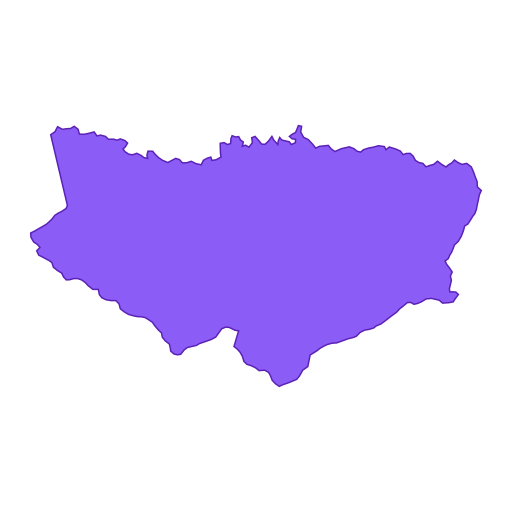 outline of Boa Esperança do Sul, São Paulo, Brazil
{"feature_id": "56859067B58098151233550", "entity_name": "Boa Esperança do Sul", "entity_type": "district", "adm_level": 2, "iso_a3": "BRA", "parent_name": "Brazil", "parent_adm1": "São Paulo", "projection": "mercator", "projection_center": [-48.46, -21.949], "detail": "fine", "context": "isolated", "style": "filled", "palette": "violet", "viewbox_px": 512, "rotation_deg": 0, "n_neighbors": 0, "source": "geoboundaries", "source_scale": "gbopen_adm2", "svg_char_len": 3696}
<svg xmlns="http://www.w3.org/2000/svg" viewBox="0 0 512 512"><path d="M331.1,148.8L328.3,145.4L323.9,145.9L319.6,146.3L315.7,148.1L312.7,144.3L308.3,139.6L303.6,137.3L300.7,132.1L301.6,126.3L298.4,125.6L296.8,129.6L295.5,132.6L292.4,134.1L289.4,136.4L292.1,138.8L295.6,139.3L295.3,142.8L291.3,144.5L289.3,141.8L285.9,141.0L281.8,140.0L279.7,137.5L278.2,141.1L277.8,144.5L273.7,140.0L271.9,136.4L268.4,141.2L265.0,144.3L261.6,144.1L259.1,141.0L255.1,136.4L251.7,137.7L252.4,142.6L249.0,147.1L245.4,145.2L242.4,146.3L243.3,142.0L240.5,140.0L238.7,136.6L235.6,137.0L232.1,135.7L230.9,138.9L230.6,143.6L227.4,144.5L224.1,142.6L220.2,143.3L220.3,148.7L220.5,153.4L221.0,157.1L216.0,159.8L211.9,160.4L210.8,157.1L207.2,158.2L203.4,160.3L201.2,164.8L195.9,163.6L191.2,161.3L187.0,162.7L182.4,162.9L179.5,159.6L175.7,158.4L167.8,162.5L162.5,160.3L158.3,157.4L155.0,154.1L152.7,151.3L148.0,151.1L146.9,155.2L147.6,158.4L143.9,157.6L141.2,155.5L136.8,153.3L132.5,154.8L128.8,154.2L125.0,151.7L123.1,149.0L125.5,146.6L127.6,143.1L124.8,140.5L120.3,138.9L117.1,140.2L113.3,139.1L108.5,139.3L105.5,136.4L100.6,135.1L97.0,135.9L94.1,131.9L89.3,133.2L84.1,134.3L79.4,134.1L78.1,129.3L74.2,126.3L70.6,128.5L66.9,128.7L62.4,129.3L57.6,126.7L55.0,131.7L50.7,134.7L67.4,205.4L66.1,208.5L61.7,211.4L58.1,213.2L54.9,215.3L51.4,219.7L46.6,224.1L42.4,226.6L39.2,228.4L35.1,230.8L30.7,233.0L31.0,237.4L33.7,242.0L37.2,244.3L40.0,247.4L36.7,250.8L38.7,255.1L42.5,257.0L46.5,259.2L49.4,260.7L52.0,262.8L53.4,267.3L57.7,270.7L61.6,273.0L63.6,277.0L66.3,279.9L69.9,279.7L73.7,278.6L77.7,278.6L81.6,279.9L85.1,282.4L88.3,285.8L92.9,289.4L98.3,289.4L99.4,294.7L101.8,297.7L105.9,299.7L110.9,300.6L115.8,300.6L119.0,303.8L120.3,308.8L124.0,311.7L128.5,314.4L133.8,315.9L137.4,316.6L141.3,316.8L145.0,317.5L148.5,319.6L152.3,322.2L154.8,325.7L158.0,329.6L161.5,332.9L162.3,337.2L165.3,340.9L169.3,344.0L170.2,347.5L170.7,351.1L174.0,354.0L177.5,354.8L180.7,354.3L184.3,349.8L187.4,347.5L191.7,346.5L196.5,345.4L199.4,343.6L205.2,341.6L211.2,339.5L215.7,337.1L221.7,328.8L225.7,327.1L229.2,327.4L235.1,330.3L238.6,330.8L234.0,346.5L237.3,349.1L240.2,352.4L242.4,356.4L243.9,361.4L246.9,364.3L251.2,365.7L255.4,367.7L259.1,370.6L264.7,370.2L268.6,372.4L270.4,375.6L272.2,380.3L275.4,383.7L279.3,386.4L282.5,384.8L287.9,383.0L292.3,381.2L296.6,379.4L299.4,376.1L302.7,370.2L307.8,366.6L309.4,358.7L310.1,355.0L316.6,351.0L320.2,348.2L323.9,346.1L327.3,344.5L332.0,343.2L336.7,342.9L348.0,338.8L353.5,337.4L356.4,336.2L360.1,332.4L364.7,330.1L369.0,329.4L373.6,328.0L376.4,325.8L380.9,324.0L385.1,320.9L389.8,317.2L393.3,314.6L396.7,312.1L399.7,308.8L403.5,305.8L407.5,302.5L410.9,302.5L414.0,304.3L417.7,303.4L421.4,301.8L426.2,298.9L431.4,298.4L435.4,299.3L439.2,300.2L442.6,303.1L448.8,302.7L453.2,301.9L455.1,298.9L458.4,294.5L455.9,292.1L452.9,291.8L449.8,291.9L449.4,288.6L451.4,280.4L450.4,276.1L452.2,272.0L449.4,267.8L446.7,264.4L445.1,261.0L448.3,258.6L449.6,255.4L451.6,252.2L453.2,248.4L454.4,245.0L458.3,241.4L461.3,236.2L463.4,230.8L464.7,225.9L467.8,224.1L470.6,219.8L472.8,216.2L474.8,213.7L476.4,209.4L477.3,204.6L478.4,199.7L479.3,195.0L481.3,190.5L477.4,187.0L477.1,181.5L475.2,176.7L473.3,171.4L471.3,166.9L466.7,163.4L462.0,164.4L457.9,162.5L454.4,160.0L451.7,163.0L448.4,164.8L446.1,167.0L441.8,164.5L437.5,161.2L433.7,164.4L430.3,165.3L425.9,166.8L422.9,163.4L418.8,162.5L415.4,160.4L413.2,156.2L410.2,153.4L406.2,153.5L403.0,154.6L400.4,151.1L395.7,149.0L389.3,147.0L386.0,149.7L384.4,146.6L378.5,145.7L373.2,147.2L368.6,148.0L363.5,149.7L360.6,152.1L357.0,151.2L354.0,148.7L349.3,146.8L344.9,147.9L341.5,148.6L338.2,150.1L334.8,151.5L331.1,148.8Z" fill="#8b5cf6" stroke="#5b21b6" stroke-width="1.5"/></svg>